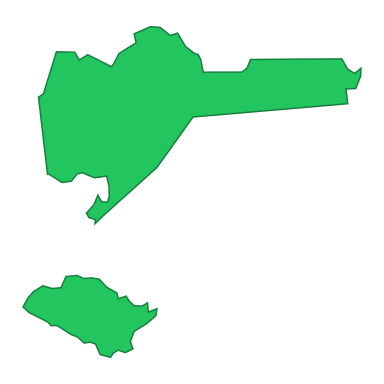 Iberia, Louisiana, United States of America (Natural Earth projection)
{"feature_id": "52423323B66757955193379", "entity_name": "Iberia", "entity_type": "district", "adm_level": 2, "iso_a3": "USA", "parent_name": "United States of America", "parent_adm1": "Louisiana", "projection": "natural_earth1", "projection_center": [-91.77, 29.798], "detail": "fine", "context": "isolated", "style": "filled", "palette": "green", "viewbox_px": 384, "rotation_deg": 0, "n_neighbors": 0, "source": "geoboundaries", "source_scale": "gbopen_adm2", "svg_char_len": 1277}
<svg xmlns="http://www.w3.org/2000/svg" viewBox="0 0 384 384"><path d="M347.7,103.7L346.0,89.0L355.8,88.5L360.6,76.2L361.0,68.3L354.6,73.5L347.4,68.8L341.9,58.9L300.1,59.1L250.5,59.5L247.1,68.0L242.0,72.1L203.2,72.2L200.8,59.8L198.2,54.5L194.7,53.6L185.6,46.6L177.6,33.1L170.2,35.5L160.1,27.4L150.3,26.7L134.2,33.8L136.1,42.8L119.0,53.5L113.7,63.7L111.5,66.7L98.1,59.9L87.7,54.7L84.6,56.7L79.3,60.0L74.7,52.2L56.4,51.8L51.8,66.9L50.7,70.3L43.4,93.9L38.5,97.1L47.5,174.0L47.9,173.6L62.0,182.5L71.3,181.2L77.2,174.0L82.2,172.7L94.6,177.8L106.7,176.1L109.1,186.7L109.2,196.5L107.5,202.3L101.5,201.6L97.9,195.2L93.9,204.7L86.4,213.2L89.0,217.6L95.3,219.6L95.0,223.7L102.5,216.4L156.8,167.6L173.3,144.7L193.0,117.0L257.0,111.5L347.7,103.7ZM28.2,297.6L23.0,307.0L29.3,312.7L47.5,321.9L51.0,325.7L57.0,325.5L71.2,334.6L77.3,336.9L84.3,343.1L90.0,342.1L95.5,344.0L100.1,354.6L110.5,357.3L113.4,353.1L118.1,350.2L125.3,352.6L132.9,348.9L130.4,341.5L134.1,331.4L146.7,323.6L155.9,315.7L156.9,308.7L148.3,312.1L147.5,302.8L142.1,306.1L134.2,305.7L129.4,301.3L126.0,296.1L118.4,298.8L116.8,292.9L106.6,287.1L99.3,279.2L91.7,277.9L83.4,278.5L77.4,275.5L66.0,276.5L60.9,287.8L52.1,288.5L43.0,285.8L33.5,291.5L31.8,293.4L28.2,297.6Z" fill="#22c55e" stroke="#15803d" stroke-width="1.5"/></svg>